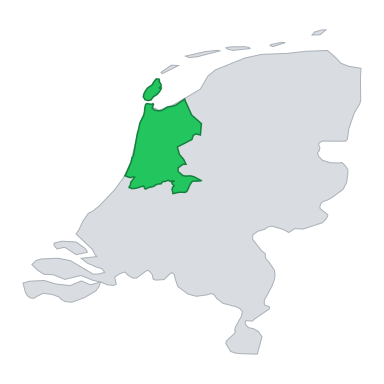 Netherlands, with Noord-Holland highlighted
{"feature_id": "NLD-3486", "entity_name": "Noord-Holland", "entity_type": "Province", "adm_level": 1, "iso_a3": "NLD", "parent_name": "Netherlands", "parent_adm1": "", "projection": "natural_earth1", "projection_center": [4.92, 52.678], "detail": "fine", "context": "in_parent", "style": "filled", "palette": "green", "viewbox_px": 384, "rotation_deg": 0, "n_neighbors": 0, "source": "natural_earth", "source_scale": "10m", "svg_char_len": 4689}
<svg xmlns="http://www.w3.org/2000/svg" viewBox="0 0 384 384"><path d="M257.3,354.1L248.3,353.9L239.8,353.6L235.4,353.1L230.6,351.4L228.4,347.8L225.8,343.5L226.5,340.9L234.4,333.5L235.5,331.4L234.7,330.3L235.5,327.0L241.5,316.0L242.3,311.5L239.6,308.4L235.6,306.6L222.9,303.3L216.8,298.6L214.0,294.6L211.2,293.5L207.0,294.8L196.5,296.3L188.0,294.1L177.8,286.5L175.5,279.7L174.2,274.4L171.7,272.6L168.3,275.3L164.0,279.6L155.6,280.1L153.1,279.1L152.7,276.7L152.2,274.5L149.9,271.7L147.4,270.1L136.6,278.0L132.6,278.0L127.6,274.9L125.1,272.0L119.6,273.7L114.6,277.3L116.3,284.2L113.6,285.4L107.5,284.8L100.5,282.0L92.8,280.3L81.1,275.5L64.8,279.4L53.5,274.8L44.0,274.3L38.2,270.7L31.9,264.5L36.4,260.4L40.8,259.0L58.0,258.2L70.6,260.7L93.1,274.1L98.8,274.0L104.8,272.3L101.8,268.7L96.1,266.9L87.7,263.3L81.1,258.3L96.8,256.6L94.6,254.0L92.6,249.6L76.1,234.0L78.9,229.8L83.1,220.8L88.3,213.3L92.5,211.3L99.3,205.9L114.1,190.4L123.5,177.7L130.5,162.7L140.7,121.4L143.8,114.4L148.7,106.6L154.8,108.1L159.1,110.3L174.3,104.4L200.3,89.2L207.9,76.0L215.4,69.9L245.2,57.9L261.7,54.4L287.1,53.4L305.4,51.3L327.5,50.5L336.0,57.9L340.9,63.3L348.8,66.3L361.0,68.3L360.4,79.0L360.7,100.1L359.8,103.8L354.4,112.7L348.8,128.7L347.4,139.2L345.6,141.2L322.4,141.1L319.1,143.0L318.7,145.2L319.9,147.9L319.3,150.6L317.5,152.8L318.5,156.3L322.6,160.3L330.0,162.7L337.9,163.0L341.9,162.5L344.9,165.4L347.9,169.7L347.7,175.2L346.6,182.6L343.0,189.4L332.3,197.3L327.5,200.0L323.0,201.5L320.9,203.5L319.9,206.2L320.1,208.5L327.8,214.8L327.7,216.3L325.5,219.6L322.5,222.7L302.8,229.1L294.7,228.6L290.0,231.8L288.6,232.4L283.4,229.5L271.8,226.1L267.5,227.2L265.1,229.1L257.9,231.3L252.7,234.9L252.7,239.4L261.9,251.2L265.2,253.5L265.4,257.9L269.9,263.4L274.5,270.4L275.0,274.8L274.5,279.2L272.2,285.6L264.3,300.4L264.2,303.2L264.9,305.4L267.6,306.0L269.7,307.1L269.1,309.1L254.2,319.3L252.3,321.1L246.0,320.6L245.0,322.4L245.9,325.1L248.4,327.6L253.7,328.8L258.3,331.5L262.0,336.6L257.3,354.1ZM100.5,282.0L99.2,286.2L95.8,291.0L84.0,297.8L71.8,302.2L65.5,301.7L61.2,299.3L58.8,296.9L52.3,294.5L43.3,293.3L37.7,295.9L33.7,298.3L30.2,297.9L27.6,295.9L25.6,292.8L23.0,283.0L29.7,281.2L44.2,280.5L55.4,283.9L70.2,285.6L81.5,280.9L90.4,284.9L100.5,282.0ZM76.2,242.0L84.8,248.2L86.6,250.2L87.3,252.3L76.3,254.7L64.7,247.2L57.0,249.0L54.1,245.4L54.1,243.1L62.1,241.2L76.2,242.0ZM159.0,92.1L150.3,100.0L145.0,97.8L143.5,96.0L146.2,89.8L159.0,79.4L159.0,92.1ZM197.4,56.7L189.2,57.6L185.5,56.1L205.2,51.6L217.6,50.3L219.8,50.9L197.4,56.7ZM250.0,48.6L232.8,50.4L227.0,49.0L226.0,47.7L230.7,46.9L245.4,46.7L249.9,47.9L250.0,48.6ZM178.4,65.5L162.2,73.7L160.9,72.4L171.3,65.2L178.4,65.5ZM320.2,34.7L312.1,35.1L314.4,32.1L321.9,29.9L325.9,29.9L320.2,34.7ZM285.3,42.7L273.1,46.5L270.1,45.7L270.8,44.6L281.6,42.3L285.3,42.7Z" fill="#d9dde1" stroke="#a8b0b8" stroke-width="1"/><path d="M125.7,174.7L131.0,162.4L131.8,159.2L131.8,158.4L133.5,155.5L137.3,133.6L138.9,128.1L139.1,126.4L139.9,122.9L143.7,115.4L144.5,111.7L144.6,109.6L145.0,106.9L145.6,104.6L146.6,103.6L152.0,104.3L152.9,103.6L153.5,104.5L152.2,107.9L154.3,110.0L157.9,110.8L161.3,110.6L163.3,109.7L167.0,107.2L168.8,106.7L172.3,106.4L175.8,105.2L184.7,99.0L184.9,99.5L185.2,100.6L185.3,101.0L191.7,115.1L201.4,123.6L200.4,135.0L196.0,133.9L193.3,135.3L191.9,139.5L177.3,147.0L179.4,154.4L183.7,159.4L186.0,164.3L183.0,164.3L178.0,167.9L178.2,171.6L183.0,175.6L185.7,176.1L189.0,175.9L190.8,175.9L193.8,176.7L201.3,180.6L201.2,180.7L198.2,181.1L193.3,181.1L192.6,181.3L192.2,181.5L190.6,183.6L188.8,187.1L188.5,188.4L188.0,189.2L187.4,190.4L186.7,191.5L185.0,192.4L180.1,192.2L176.8,192.7L175.2,193.2L172.9,193.6L172.5,191.2L172.0,189.5L172.6,187.2L174.1,185.8L173.7,185.1L173.4,184.9L173.2,184.7L172.7,184.2L172.3,184.0L172.2,183.7L172.1,183.3L171.9,183.0L171.6,182.5L172.1,181.9L174.7,181.1L171.2,180.8L169.8,181.3L169.3,180.8L168.9,180.6L168.4,180.4L167.8,180.4L165.6,181.3L163.9,181.6L163.1,181.5L162.7,181.7L162.4,181.9L161.1,183.8L157.7,184.1L155.7,184.9L154.4,186.0L152.6,186.7L148.5,187.6L145.7,189.1L144.8,188.7L144.5,188.2L144.1,186.5L143.9,186.4L143.5,186.1L139.9,187.0L138.0,187.8L134.2,188.5L132.1,188.6L131.5,188.5L131.1,188.3L130.2,187.7L129.2,187.7L129.1,186.9L130.2,185.4L130.6,183.9L130.7,182.8L130.8,182.4L130.9,182.1L134.6,177.2L132.7,176.9L130.8,177.6L129.3,177.4L128.7,177.2L124.9,175.8L125.7,174.7ZM159.5,87.5L159.5,88.2L161.3,88.2L160.7,89.7L159.6,91.5L157.1,94.4L153.0,97.0L151.0,100.0L148.1,100.6L145.0,99.7L143.3,96.8L143.9,93.9L145.6,90.6L147.8,87.8L151.9,85.1L154.0,81.7L156.2,78.9L158.9,79.1L159.3,79.7L159.5,80.3L159.4,80.8L158.9,81.4L160.2,82.9L161.1,84.9L161.0,86.7L159.5,87.5Z" fill="#22c55e" stroke="#15803d" stroke-width="1.5"/></svg>